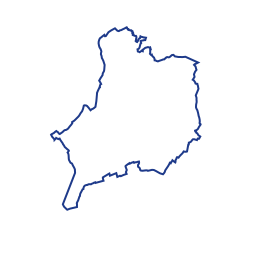 Pocola, Bihor, Romania (Equal Earth projection), rotated 107°
{"feature_id": "2599482B76351023541530", "entity_name": "Pocola", "entity_type": "district", "adm_level": 2, "iso_a3": "ROU", "parent_name": "Romania", "parent_adm1": "Bihor", "projection": "equal_earth", "projection_center": [22.281, 46.7], "detail": "fine", "context": "isolated", "style": "outline", "palette": "blue", "viewbox_px": 256, "rotation_deg": 107, "n_neighbors": 0, "source": "geoboundaries", "source_scale": "gbopen_adm2", "svg_char_len": 5750}
<svg xmlns="http://www.w3.org/2000/svg" viewBox="0 0 256 256"><g transform="rotate(107 128 128)"><path d="M156.9,199.6L158.7,197.8L159.5,196.3L159.9,195.8L160.4,195.0L160.9,194.8L159.3,194.0L158.5,193.8L158.7,193.1L159.0,191.4L158.4,190.8L158.1,190.3L158.6,189.8L159.4,189.0L161.5,186.3L161.8,185.9L162.6,185.3L162.8,185.0L163.4,184.1L164.5,183.1L164.9,182.4L165.2,181.6L165.6,180.9L166.5,178.7L166.9,178.0L167.1,177.9L167.5,178.0L169.1,178.6L169.6,178.0L169.9,177.7L170.5,177.3L170.9,177.1L171.8,176.7L174.8,175.6L175.8,175.1L177.9,173.0L178.1,172.5L178.4,171.1L180.0,169.7L181.7,167.9L183.1,166.7L186.4,165.5L220.0,168.0L221.9,166.2L223.8,162.6L223.9,162.2L222.1,159.9L218.5,153.7L215.5,154.6L214.9,155.0L214.0,154.9L212.7,154.7L212.0,154.5L207.7,154.4L207.2,154.1L205.4,154.4L204.5,154.4L199.9,153.5L199.4,152.8L198.5,153.0L197.1,153.0L196.8,152.9L196.0,152.6L195.5,152.2L194.6,151.0L194.5,150.5L194.1,149.9L193.6,149.6L193.3,149.2L193.2,148.8L193.1,148.6L192.7,147.5L192.7,147.0L192.5,146.8L191.7,146.1L190.8,144.9L190.4,144.7L189.5,143.4L190.0,143.0L185.6,136.0L183.7,137.2L182.6,137.6L177.8,133.3L177.0,132.5L178.9,131.3L174.6,126.0L177.9,123.9L176.0,121.7L176.2,120.8L174.1,118.4L172.3,115.9L170.8,117.1L168.5,116.9L165.6,119.1L165.3,119.2L165.0,119.2L164.7,119.0L163.1,117.9L161.5,116.6L161.9,116.4L161.6,115.9L161.0,115.2L160.3,114.6L158.9,112.7L159.5,112.0L158.7,111.0L158.3,110.0L157.2,108.4L156.9,107.7L158.1,107.2L158.9,107.2L160.4,107.6L161.6,107.3L162.2,106.9L162.6,105.5L163.2,104.9L164.7,103.9L164.9,103.5L164.9,102.9L164.6,101.5L164.2,100.6L163.5,99.1L163.1,98.0L163.0,97.3L162.9,96.7L163.1,96.4L161.0,92.8L160.6,91.0L160.9,89.1L161.8,84.9L162.0,83.9L162.0,81.0L160.4,80.3L159.3,80.0L157.6,80.0L152.7,78.5L150.6,78.0L148.8,77.8L148.7,77.6L148.8,77.4L149.1,76.8L147.2,76.4L146.1,76.0L145.9,76.0L147.0,73.2L147.1,72.7L146.4,72.7L145.4,73.0L144.8,73.1L143.1,72.7L142.5,72.8L141.5,72.5L141.6,71.0L140.3,70.6L138.6,69.8L136.2,68.5L134.1,67.9L134.1,66.7L133.7,65.5L133.2,64.7L126.2,65.5L126.0,65.1L124.7,65.3L124.2,65.5L123.7,64.8L123.4,64.5L123.1,64.1L122.6,63.8L122.3,63.6L121.0,63.2L120.3,62.9L119.8,62.6L119.4,61.5L119.4,58.5L117.7,58.2L117.6,57.9L117.7,57.4L117.5,56.9L115.0,56.4L114.5,58.1L114.2,58.7L113.7,59.3L113.0,59.9L112.6,61.2L112.2,61.3L111.9,61.6L111.9,62.2L111.2,63.0L110.9,63.1L110.3,62.3L109.9,61.8L109.1,61.2L108.3,60.8L106.4,60.5L103.6,59.6L103.2,60.2L102.9,60.1L102.4,61.0L100.6,61.3L98.9,62.0L97.1,63.0L95.9,63.9L92.9,65.5L91.7,66.3L91.0,66.7L90.7,66.9L89.9,67.8L88.7,68.8L88.1,69.1L85.7,69.7L83.4,69.9L81.9,70.3L81.4,70.6L79.1,71.3L77.0,72.7L75.8,72.6L70.8,72.1L69.8,72.1L68.6,72.8L67.5,73.3L65.9,74.4L65.5,74.6L65.7,75.5L65.8,75.9L65.7,76.5L64.7,77.1L63.3,78.9L63.1,79.3L62.9,80.2L59.7,79.3L57.4,80.6L54.4,80.3L52.4,79.5L51.4,80.2L49.4,81.4L48.3,83.3L47.5,82.9L46.6,81.8L44.9,80.1L43.1,93.9L44.2,96.5L45.4,100.8L45.8,104.1L44.8,105.9L44.8,106.1L45.6,107.5L45.9,107.6L46.2,107.8L46.5,108.0L47.8,108.8L48.2,109.2L48.5,109.6L48.6,110.2L48.7,111.2L49.0,111.7L49.2,111.9L49.8,112.4L50.0,112.5L50.1,112.4L50.8,112.8L51.1,113.1L51.7,113.4L51.9,113.6L52.0,114.2L52.2,114.5L52.8,115.2L55.1,118.4L55.5,118.8L55.6,119.3L55.5,119.7L55.6,120.3L55.3,121.3L55.5,122.3L55.2,122.4L53.9,123.0L53.7,123.2L53.5,123.4L53.2,123.6L52.9,124.0L52.7,124.5L52.5,125.0L52.1,125.6L51.8,125.9L51.3,126.4L51.0,126.6L51.5,127.0L51.3,127.5L50.6,128.7L49.9,128.6L49.6,128.8L49.1,128.9L46.3,129.8L46.1,129.3L44.8,130.1L44.4,130.4L44.6,130.6L44.8,131.0L44.8,131.4L44.8,132.6L45.4,133.5L46.2,134.8L46.5,135.1L48.3,136.3L48.8,136.8L49.0,136.6L50.3,136.3L50.3,136.9L50.3,137.7L51.6,138.6L52.1,139.1L51.9,139.8L51.9,140.1L52.0,140.8L51.9,141.0L51.3,141.2L50.8,141.5L50.0,141.9L49.2,141.0L48.8,140.8L48.2,140.6L47.2,140.5L45.8,140.6L44.1,140.7L43.4,140.4L42.9,140.2L42.2,140.8L41.7,141.1L41.1,141.3L40.2,140.0L39.7,138.9L39.3,138.5L38.9,137.2L36.4,137.2L36.7,139.2L36.9,139.7L36.8,140.0L36.8,140.8L36.9,142.0L36.7,142.9L37.3,142.9L38.1,142.7L38.7,142.9L38.8,143.2L40.3,144.0L40.8,144.0L41.4,143.8L42.6,144.3L43.1,144.4L43.1,144.9L42.9,145.5L42.6,146.1L42.2,146.1L41.5,146.0L40.8,146.3L39.0,146.4L37.9,146.9L37.6,147.3L37.9,148.1L37.8,148.8L37.8,149.2L37.7,150.6L37.2,150.7L37.1,150.3L36.7,150.2L36.2,150.8L36.5,151.1L36.5,151.3L36.3,151.5L36.2,151.6L35.9,151.6L35.6,151.4L35.5,151.2L35.3,151.1L34.4,152.0L34.7,152.3L34.6,152.7L34.4,152.8L34.0,152.5L33.6,153.6L34.0,154.4L33.9,154.6L34.0,155.5L33.9,155.7L34.1,156.0L33.9,156.8L33.6,156.9L33.3,156.9L33.4,157.4L33.3,157.6L33.0,157.9L32.3,158.3L32.1,158.5L32.1,158.8L32.3,159.0L32.6,159.2L34.1,160.7L35.5,162.3L35.9,162.6L36.3,163.0L37.0,164.3L37.7,164.8L38.0,165.1L38.1,165.4L38.1,166.2L38.0,166.8L36.5,169.6L38.5,171.6L39.9,172.9L42.1,174.7L46.6,176.1L47.0,176.9L46.8,177.2L45.9,177.9L47.7,179.2L49.0,180.0L50.1,180.9L51.5,181.3L53.8,181.3L55.6,180.9L57.9,179.7L59.2,178.8L60.5,177.3L62.3,176.0L62.8,175.8L64.4,175.7L65.5,175.4L66.9,174.3L68.0,173.8L68.8,173.4L69.1,173.0L70.9,171.3L74.5,168.8L79.5,167.7L80.7,167.6L83.1,168.1L84.9,167.8L88.3,168.8L91.1,169.4L92.9,167.4L93.8,166.6L94.2,167.1L96.5,167.2L96.8,167.1L97.1,166.7L97.3,166.7L97.6,166.9L98.0,167.2L101.5,167.7L103.7,167.9L104.1,167.7L109.3,166.6L111.7,166.1L116.1,165.5L117.2,165.3L118.5,166.1L119.8,167.1L120.6,168.1L122.0,169.0L120.0,171.8L118.9,173.6L118.7,174.6L119.0,176.2L119.5,176.8L122.7,176.6L125.4,176.8L127.8,177.7L130.4,178.3L131.8,178.9L136.1,181.2L136.9,181.7L138.7,183.2L139.7,182.7L141.3,183.2L142.4,183.7L144.1,184.4L145.5,184.9L146.4,185.3L147.0,185.8L147.6,186.3L148.1,186.9L148.3,187.5L149.0,188.3L151.0,189.4L151.7,189.9L153.7,191.5L153.7,191.9L153.4,192.5L152.2,194.3L152.2,195.2L151.9,195.7L152.4,196.1L153.2,196.7L154.3,197.3L155.7,198.6L156.3,199.3L156.9,199.6Z" fill="none" stroke="#1e3a8a" stroke-width="2"/></g></svg>